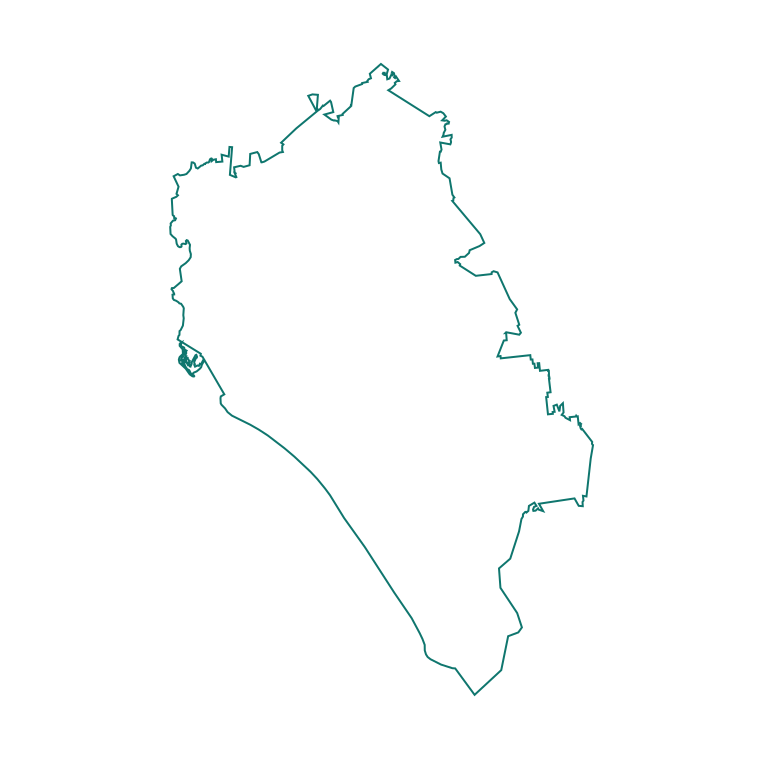 Angostura, Sinaloa, Mexico (Robinson projection), rotated 354°
{"feature_id": "50627088B44837755081847", "entity_name": "Angostura", "entity_type": "district", "adm_level": 2, "iso_a3": "MEX", "parent_name": "Mexico", "parent_adm1": "Sinaloa", "projection": "robinson", "projection_center": [-108.177, 25.118], "detail": "fine", "context": "isolated", "style": "outline", "palette": "teal", "viewbox_px": 768, "rotation_deg": 354, "n_neighbors": 0, "source": "geoboundaries", "source_scale": "gbopen_adm2", "svg_char_len": 6126}
<svg xmlns="http://www.w3.org/2000/svg" viewBox="0 0 768 768"><g transform="rotate(354 384 384)"><path d="M524.7,339.2L522.1,326.9L524.2,323.7L517.9,312.7L508.6,284.9L504.8,283.3L502.8,284.2L502.5,285.9L486.6,286.0L471.7,274.1L472.3,272.8L470.0,270.4L467.7,270.8L467.7,268.1L469.5,267.4L471.1,267.4L473.4,265.6L477.7,265.9L482.3,262.5L483.2,259.9L493.4,256.8L498.5,254.2L495.4,245.1L471.0,209.0L472.1,208.7L472.5,206.4L473.5,205.9L471.8,202.9L470.7,186.3L464.2,180.8L463.4,176.6L463.5,169.8L461.7,170.0L461.5,168.0L463.9,158.8L464.7,158.9L465.7,156.9L465.2,149.7L475.0,152.6L475.8,151.0L476.0,150.1L475.7,147.6L477.1,146.0L477.3,143.3L468.1,144.2L469.3,142.1L469.6,140.6L471.6,137.6L471.1,134.3L471.5,133.4L472.3,132.1L473.5,132.1L474.0,131.4L475.5,131.8L476.1,130.2L473.9,128.3L471.7,128.5L469.4,127.9L473.5,124.5L471.3,120.9L468.8,119.1L464.8,119.7L463.9,119.0L457.1,122.4L419.0,92.3L422.1,90.8L426.7,87.2L426.2,85.7L428.4,84.2L430.6,84.2L428.1,79.5L427.0,80.9L426.1,80.0L426.7,78.9L426.4,75.9L424.7,74.5L424.3,75.3L425.2,75.6L424.4,77.8L423.5,77.4L421.4,80.8L419.1,81.3L419.1,77.3L416.4,76.6L416.2,77.1L416.2,76.5L415.2,75.3L415.8,74.4L417.1,74.6L416.7,75.9L419.1,76.1L420.9,71.7L414.4,65.4L402.3,74.0L403.0,78.6L400.6,79.3L399.0,81.0L399.3,81.8L393.7,82.4L393.6,83.4L386.5,85.2L384.8,86.5L380.6,103.5L380.2,103.3L379.9,104.5L371.0,111.1L371.1,112.1L365.8,112.7L366.0,114.0L366.9,113.9L366.0,119.1L365.3,117.7L362.4,116.6L361.9,116.8L359.3,115.6L352.9,109.8L362.0,108.3L360.8,98.0L360.0,96.6L352.9,101.2L352.3,100.7L349.3,103.8L347.1,105.0L346.1,102.5L348.5,89.5L343.1,88.5L338.8,89.5L345.5,106.0L323.5,120.6L306.9,133.3L309.0,135.2L307.7,136.4L307.2,140.9L307.7,142.7L304.3,142.9L288.3,150.3L285.6,150.8L285.2,150.7L283.5,142.3L282.2,140.1L275.0,141.2L273.2,152.4L267.1,153.4L264.2,152.0L257.6,152.8L257.6,158.1L259.1,159.6L257.6,158.8L258.8,162.8L258.2,163.0L252.6,159.9L257.7,132.6L255.1,132.1L253.3,141.6L246.5,139.0L246.5,145.9L240.3,145.8L240.3,142.9L237.7,143.2L235.8,144.4L235.8,143.9L236.6,143.1L236.7,142.6L236.1,141.7L235.2,141.8L234.4,142.4L233.2,144.9L232.4,145.4L231.0,145.2L229.3,146.0L229.1,146.5L228.3,146.3L226.5,147.6L225.0,147.7L221.3,150.2L219.6,149.2L218.8,145.0L217.3,143.7L215.9,143.5L214.5,149.4L212.7,151.7L209.5,154.5L207.1,155.0L202.9,155.2L200.9,153.6L196.5,155.4L200.3,166.3L197.5,173.2L198.8,174.8L197.1,176.1L192.4,177.6L192.3,178.1L191.5,193.5L191.6,194.1L192.8,195.2L192.7,197.2L194.1,197.3L194.4,197.6L193.4,199.3L191.2,199.5L188.6,202.0L188.6,204.0L187.8,205.4L187.4,212.5L189.2,215.0L191.9,217.7L192.3,218.6L192.5,222.8L193.5,225.4L194.9,226.5L196.3,226.6L197.0,226.1L197.1,224.2L198.0,223.5L199.1,223.4L201.3,224.1L202.2,223.5L201.9,221.1L202.8,220.3L203.8,220.8L205.6,225.3L204.9,228.6L204.8,231.1L205.5,234.6L205.0,237.7L202.7,240.5L199.4,243.1L194.6,245.8L193.0,248.1L193.5,260.7L185.1,266.5L183.0,266.5L182.6,267.5L183.9,269.5L184.3,271.5L184.7,271.9L184.7,273.0L183.0,273.1L182.9,276.8L183.8,278.4L186.0,279.5L188.2,281.3L188.9,282.4L190.6,283.0L192.4,286.3L192.8,287.8L191.6,294.6L191.7,297.7L190.1,304.9L187.4,309.1L186.2,310.0L185.7,313.8L184.7,314.7L183.4,318.1L205.0,334.8L204.4,336.6L206.3,337.9L224.1,377.6L220.4,379.3L219.9,381.0L219.6,386.2L220.2,387.6L223.4,391.7L225.5,395.6L229.5,399.6L246.7,410.5L254.6,416.2L263.0,423.0L278.2,437.4L287.3,446.9L301.9,463.8L307.7,471.5L314.4,481.7L318.7,489.0L330.3,513.1L347.9,544.2L372.4,592.6L387.0,619.7L393.4,635.4L395.6,641.6L397.2,647.7L396.7,653.2L397.5,657.3L398.9,660.1L401.5,662.6L411.4,669.0L422.3,673.8L425.1,674.3L441.6,702.6L470.7,680.8L481.1,647.8L491.6,645.1L495.7,640.5L492.5,625.7L478.5,598.9L479.1,579.4L491.3,570.9L502.9,544.7L506.6,532.6L508.3,530.4L508.6,528.1L511.1,526.0L511.8,526.0L512.3,526.7L514.3,525.3L515.4,520.4L521.2,517.7L522.9,521.2L520.4,521.9L519.1,524.4L519.3,525.8L521.5,525.8L524.2,523.8L524.7,525.1L529.0,527.1L525.6,519.3L561.5,517.7L564.9,525.5L568.9,526.3L569.1,522.1L570.2,520.8L570.2,516.0L573.6,517.0L581.8,479.7L585.5,466.6L584.8,465.9L584.6,464.9L585.0,463.4L576.4,449.4L575.6,449.8L575.0,448.8L574.6,446.3L575.4,446.3L575.4,444.6L575.8,444.3L574.9,443.3L573.3,444.4L573.3,436.4L572.3,436.5L571.8,435.6L571.3,436.4L565.2,436.4L565.2,439.4L561.0,436.6L560.1,434.9L557.5,433.3L559.6,431.1L559.9,421.8L556.9,424.2L555.6,429.6L553.7,422.6L550.3,423.5L550.8,429.5L548.8,429.5L548.8,431.3L543.9,431.3L543.9,414.0L545.6,414.0L545.5,409.7L548.8,409.6L548.6,396.0L549.2,396.0L549.2,394.6L548.9,394.5L549.0,393.3L548.6,393.2L548.6,392.2L549.1,391.7L549.3,388.1L548.6,388.1L548.7,387.1L540.5,387.2L540.5,379.5L539.0,379.4L539.0,383.8L535.8,383.8L535.7,379.5L534.2,379.4L534.2,375.1L532.5,375.0L532.5,370.6L502.8,370.7L502.8,368.4L499.8,368.5L507.7,353.3L510.6,353.3L510.8,346.0L510.1,346.0L510.9,345.3L523.7,349.1L525.5,347.3L522.9,340.1L524.7,339.2ZM197.9,347.0L197.3,345.1L198.0,344.5L197.6,343.7L197.5,342.4L199.6,338.7L200.5,338.3L200.9,337.5L200.4,335.4L199.6,335.6L195.6,341.4L194.9,342.6L194.9,343.6L193.8,345.7L193.3,345.8L193.2,346.4L192.7,346.2L192.9,344.8L191.1,344.9L190.3,342.8L188.8,341.1L188.7,340.1L189.3,339.2L189.7,339.3L189.7,341.5L192.0,342.9L192.7,342.8L193.2,340.9L192.5,340.8L192.1,339.2L191.3,338.3L191.4,337.7L189.1,338.0L190.1,337.4L190.3,336.3L188.8,336.9L187.4,339.7L187.5,343.2L188.4,346.0L189.8,348.6L191.5,349.7L192.0,350.5L193.1,353.8L195.1,353.7L196.0,352.8L199.0,351.9L202.3,349.7L203.9,348.2L204.9,345.8L207.9,341.5L207.2,340.6L204.1,345.2L203.8,345.4L203.0,344.7L201.8,346.6L200.4,346.1L197.9,347.0ZM184.4,339.2L185.6,336.6L187.2,335.8L186.9,334.9L187.3,333.0L183.7,335.7L183.1,336.8L182.5,338.4L182.8,341.6L188.4,348.0L191.8,354.1L194.3,356.3L195.7,356.7L196.1,356.3L195.8,355.6L194.1,355.2L192.3,353.4L188.1,346.2L187.6,343.6L187.1,343.5L186.8,343.9L186.1,342.2L185.5,342.0L185.7,340.0L186.9,339.3L186.8,338.8L186.2,338.7L184.4,339.2ZM190.6,330.7L191.1,330.2L189.2,328.8L189.1,327.1L188.6,326.5L186.9,325.7L186.2,324.6L186.2,323.2L187.3,321.4L185.5,322.2L185.0,322.8L184.8,324.7L187.4,328.5L187.2,332.8L187.5,332.9L188.6,331.2L188.6,333.2L189.6,336.0L190.0,335.7L189.5,334.3L190.5,332.9L190.6,330.7Z" fill="none" stroke="#0f766e" stroke-width="2"/></g></svg>